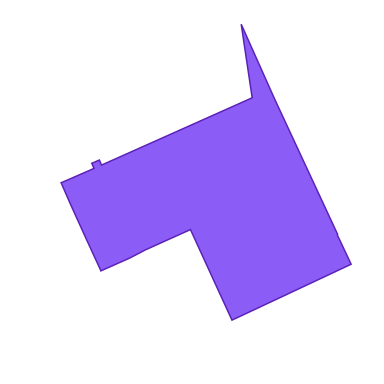 outline of Hendry, Florida, United States of America, rotated 336°
{"feature_id": "52423323B13528942112308", "entity_name": "Hendry", "entity_type": "district", "adm_level": 2, "iso_a3": "USA", "parent_name": "United States of America", "parent_adm1": "Florida", "projection": "albers", "projection_center": [-81.278, 26.606], "detail": "fine", "context": "isolated", "style": "filled", "palette": "violet", "viewbox_px": 384, "rotation_deg": 336, "n_neighbors": 0, "source": "geoboundaries", "source_scale": "gbopen_adm2", "svg_char_len": 416}
<svg xmlns="http://www.w3.org/2000/svg" viewBox="0 0 384 384"><g transform="rotate(336 192 192)"><path d="M76.2,130.3L76.0,152.9L76.3,194.1L76.7,225.0L76.7,227.0L108.2,227.0L126.0,225.9L175.3,225.7L176.4,325.3L308.0,322.7L307.4,294.6L307.2,290.7L307.8,290.0L305.3,139.9L305.2,58.7L285.3,130.4L120.3,130.6L120.4,125.1L112.1,125.0L112.1,130.6L76.2,130.3Z" fill="#8b5cf6" stroke="#5b21b6" stroke-width="1.5"/></g></svg>